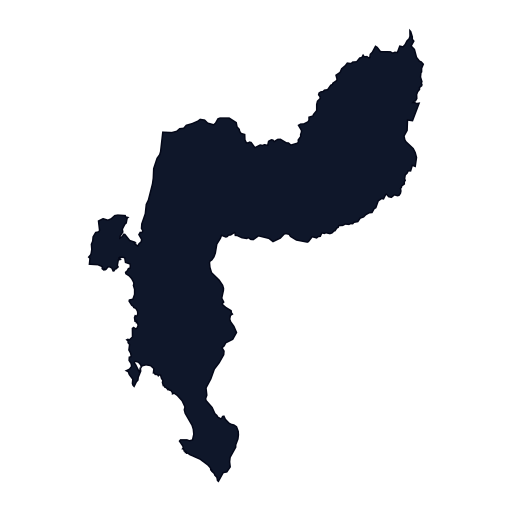 outline of Pisco, Ica, Peru
{"feature_id": "86281439B1957856782963", "entity_name": "Pisco", "entity_type": "district", "adm_level": 2, "iso_a3": "PER", "parent_name": "Peru", "parent_adm1": "Ica", "projection": "natural_earth1", "projection_center": [-75.992, -13.889], "detail": "fine", "context": "isolated", "style": "filled", "palette": "ink", "viewbox_px": 512, "rotation_deg": 0, "n_neighbors": 0, "source": "geoboundaries", "source_scale": "gbopen_adm2", "svg_char_len": 6049}
<svg xmlns="http://www.w3.org/2000/svg" viewBox="0 0 512 512"><path d="M345.4,65.6L341.7,68.7L340.1,72.4L336.0,75.2L337.1,79.3L336.5,80.7L332.9,83.2L332.5,84.5L330.8,85.2L327.6,89.7L324.4,90.2L323.1,91.6L320.9,91.9L319.1,93.0L318.6,94.8L319.9,96.5L320.3,98.4L317.5,101.2L316.7,104.4L316.7,110.6L313.5,114.5L313.0,116.0L309.0,117.2L309.0,120.3L307.9,121.9L303.7,124.0L300.7,124.1L298.5,125.3L301.4,130.2L301.5,131.9L300.6,134.7L300.8,136.4L298.2,140.0L298.4,141.6L297.7,143.1L290.8,145.1L288.5,143.0L286.4,142.9L280.4,139.3L277.7,139.4L274.2,141.6L272.9,140.1L271.4,139.8L268.6,141.3L267.7,145.4L264.5,144.7L262.5,145.5L260.2,145.0L254.9,147.7L251.1,142.5L249.5,142.1L248.3,142.9L246.4,142.9L244.9,139.8L244.7,134.5L241.1,133.5L239.6,131.3L239.2,129.3L237.0,126.9L236.2,122.6L229.2,118.1L220.0,118.1L218.0,118.8L215.6,123.1L213.7,124.8L207.6,123.1L204.6,120.1L200.2,119.4L198.0,121.1L192.3,123.6L186.3,125.3L183.7,128.3L179.7,128.7L176.8,131.3L171.8,132.6L162.8,132.2L160.6,151.7L159.7,154.7L157.1,158.3L153.7,168.6L153.3,178.2L152.5,183.9L148.4,200.1L146.3,204.4L145.3,213.8L141.8,223.9L141.5,228.4L142.7,230.4L142.6,231.6L141.7,232.6L140.2,232.4L138.9,234.6L141.6,239.3L141.3,241.7L139.0,243.8L137.8,246.1L134.8,243.9L134.4,242.8L135.3,242.7L134.8,242.2L129.7,240.5L124.8,234.4L123.7,234.3L122.4,236.5L119.8,238.2L119.9,236.4L122.8,232.0L122.3,229.1L124.9,224.1L126.2,223.0L127.1,218.2L127.9,217.5L125.5,216.9L125.2,215.6L117.8,215.1L114.8,215.6L111.2,218.8L107.9,220.2L103.1,218.7L98.5,221.0L99.6,230.5L98.6,231.9L95.7,232.5L93.1,236.9L92.7,241.2L91.4,244.3L91.8,249.5L91.2,253.2L90.7,254.8L88.7,257.1L90.0,258.3L89.4,264.2L97.9,264.7L102.3,266.6L102.2,268.7L103.9,270.0L104.4,268.9L105.3,269.7L106.0,269.3L108.0,266.8L109.9,266.9L111.9,268.1L113.1,270.9L113.9,270.9L115.5,268.6L116.1,268.8L118.1,266.9L117.3,265.4L118.3,259.9L120.1,259.5L118.9,258.7L118.8,258.0L119.6,257.3L120.3,257.3L120.4,257.9L121.7,257.1L124.7,257.7L125.5,262.4L129.9,263.9L130.3,264.9L130.2,268.0L128.4,268.6L127.4,270.7L125.6,272.3L125.9,273.7L129.3,275.9L131.7,278.6L133.6,282.2L133.9,284.0L133.4,285.3L134.6,289.3L134.6,294.4L132.9,299.2L129.4,300.0L129.1,301.1L131.7,305.2L133.3,306.3L133.8,307.5L135.8,308.3L137.4,310.9L137.8,313.3L137.4,315.2L136.3,316.3L135.2,315.7L134.5,317.6L135.0,321.3L136.2,321.8L136.6,321.3L136.6,322.3L136.9,322.0L137.7,323.2L138.1,325.8L136.7,328.6L135.4,328.7L133.6,327.5L132.4,328.4L132.5,337.0L129.3,340.0L127.9,339.3L126.8,339.8L128.1,341.0L128.1,342.7L129.6,344.4L128.9,350.0L130.6,353.1L131.2,355.9L130.7,356.9L129.3,357.2L129.1,360.4L131.1,363.5L131.6,366.4L129.5,369.2L126.3,370.7L128.3,371.7L129.3,374.5L132.8,379.2L132.4,383.4L133.0,385.2L134.1,386.4L136.3,381.9L137.9,380.1L138.2,377.3L140.7,371.1L140.3,367.5L139.6,372.7L135.3,364.1L134.4,363.5L134.3,362.3L135.5,361.3L138.5,362.2L140.8,364.9L141.2,367.2L142.1,365.8L146.0,364.8L150.6,365.6L153.9,368.6L153.4,372.9L154.3,372.9L155.2,374.4L157.6,374.6L158.3,375.8L159.6,374.7L160.5,374.9L161.5,378.4L162.9,380.5L162.4,382.4L163.3,385.6L164.1,385.5L164.8,387.1L166.3,387.7L168.0,389.7L168.5,389.0L169.7,390.2L170.8,390.3L172.5,392.7L172.5,393.8L174.2,393.2L177.2,395.3L182.1,400.7L185.0,406.9L184.3,409.8L185.2,413.3L192.1,425.3L193.3,429.2L193.8,434.3L192.5,440.0L189.4,440.8L187.0,439.9L180.5,439.9L179.5,441.1L182.9,446.1L183.3,447.9L182.6,448.8L183.6,449.0L184.3,451.1L185.4,451.3L185.4,452.3L186.4,452.1L186.5,453.2L187.8,453.1L189.8,454.6L200.0,459.1L207.8,464.9L210.5,467.9L210.8,469.9L211.5,469.8L211.8,471.2L214.3,473.5L214.8,475.1L216.9,477.3L217.5,480.5L218.4,481.3L223.2,472.6L226.8,471.9L230.2,466.9L229.6,461.8L230.1,457.3L235.7,447.2L235.7,444.8L237.9,439.0L238.4,434.9L238.2,431.4L236.5,426.8L233.9,425.0L231.0,424.3L228.9,423.1L225.3,419.3L223.9,416.2L222.6,416.5L221.8,418.2L220.7,418.8L217.6,417.0L216.9,415.5L214.9,413.7L212.1,407.5L206.0,400.5L205.6,398.6L206.8,395.2L206.0,387.9L210.8,378.9L214.3,369.1L219.1,362.8L223.7,354.7L224.0,351.1L222.0,347.8L224.1,345.9L225.7,342.8L232.7,339.3L236.5,332.5L233.9,326.4L230.6,321.8L229.7,319.1L230.4,315.4L232.4,314.1L231.4,312.9L231.1,310.7L225.7,307.4L222.4,304.5L222.4,303.4L223.7,302.1L221.7,298.2L223.4,290.4L223.5,288.4L222.6,285.3L219.1,280.1L211.5,272.7L209.9,267.3L209.5,262.6L209.9,261.2L211.8,259.9L213.9,256.9L215.3,253.1L216.8,244.1L220.4,238.3L221.5,235.3L225.9,237.0L227.5,236.4L228.2,235.2L230.7,234.9L234.4,232.5L235.0,233.0L235.3,235.4L237.2,235.5L241.9,237.7L246.8,238.5L248.1,237.5L250.8,239.4L253.3,239.6L258.5,235.8L269.0,238.4L273.0,241.6L280.3,238.1L284.2,234.0L286.0,233.6L289.2,234.3L290.5,236.4L296.4,240.0L307.3,242.1L308.4,241.6L312.2,236.7L316.6,237.9L318.1,236.6L320.3,236.3L321.6,233.3L322.3,233.0L324.6,233.4L325.8,232.7L329.9,233.6L332.0,232.9L333.9,231.0L335.0,230.7L336.8,228.0L338.2,227.3L338.7,225.6L342.7,225.4L345.3,224.0L348.9,224.4L350.5,223.6L352.7,223.7L353.9,222.3L357.8,221.6L360.2,218.1L363.6,216.9L365.6,214.8L369.1,212.8L372.0,212.5L374.1,208.7L375.8,207.7L378.2,200.9L381.6,198.5L383.5,198.9L385.7,194.5L386.5,194.2L388.7,196.7L391.4,197.3L394.4,194.8L397.5,195.7L399.0,195.3L400.4,193.3L400.9,191.0L400.5,188.4L401.4,187.4L401.6,186.0L404.3,184.0L404.3,181.8L405.2,180.4L404.6,178.7L405.2,175.0L407.1,173.1L408.2,170.8L410.6,170.9L412.3,165.3L415.2,166.4L416.5,157.5L415.2,152.6L413.2,148.6L405.9,141.7L404.8,139.8L404.0,136.0L407.1,130.4L407.5,120.0L412.5,120.7L419.1,103.2L416.5,103.6L414.7,102.6L412.8,102.6L414.4,100.9L415.4,100.9L416.8,98.5L416.6,94.5L417.7,91.6L419.5,89.5L419.5,87.5L421.7,85.7L421.9,84.3L421.2,83.3L421.9,81.7L420.5,77.1L420.9,72.7L421.6,71.9L421.6,68.3L423.3,64.2L421.2,61.9L419.5,61.2L416.5,57.4L414.4,49.4L411.1,46.0L413.8,41.1L412.3,39.3L412.3,36.8L410.7,31.6L409.9,30.7L410.0,36.3L409.2,38.7L407.0,40.9L405.1,44.6L403.0,46.9L399.8,46.1L397.4,52.5L394.8,52.3L392.8,53.2L390.3,51.8L380.5,51.7L377.2,47.4L375.5,46.3L372.3,52.3L370.3,54.3L369.8,57.6L368.5,57.8L366.9,56.6L364.2,56.8L363.1,55.2L361.8,57.6L359.7,58.0L356.7,61.8L352.7,62.1L351.5,63.3L350.3,63.5L347.3,63.1L345.4,65.6Z" fill="#0f172a" stroke="#020617" stroke-width="1.5"/></svg>